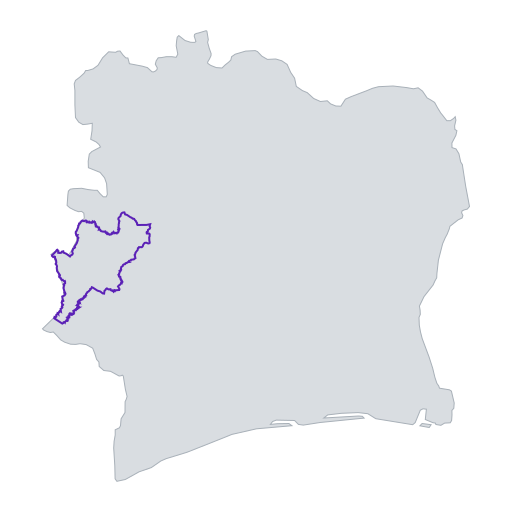 Tonkpi, Dix-Huit Montagnes, Ivory Coast (highlighted)
{"feature_id": "98640826B98350089255378", "entity_name": "Tonkpi", "entity_type": "district", "adm_level": 2, "iso_a3": "CIV", "parent_name": "Ivory Coast", "parent_adm1": "Dix-Huit Montagnes", "projection": "albers", "projection_center": [-7.715, 7.368], "detail": "fine", "context": "in_parent", "style": "outline", "palette": "violet", "viewbox_px": 512, "rotation_deg": 0, "n_neighbors": 0, "source": "geoboundaries", "source_scale": "gbopen_adm2", "svg_char_len": 9226}
<svg xmlns="http://www.w3.org/2000/svg" viewBox="0 0 512 512"><path d="M85.7,70.5L87.8,70.5L93.1,68.9L98.0,65.3L102.6,57.8L108.7,51.8L115.6,52.3L117.6,51.2L120.0,51.0L122.9,54.9L125.8,57.9L127.9,58.0L129.4,63.7L142.0,66.1L147.4,67.6L152.0,71.8L153.6,71.9L155.5,71.0L157.0,69.5L157.3,67.9L155.3,64.2L156.2,60.8L158.2,57.8L161.4,57.6L166.3,56.7L171.9,56.7L176.1,57.3L177.8,54.2L176.2,45.8L176.6,41.1L177.2,37.2L178.8,35.6L185.0,40.5L190.7,42.3L194.8,42.4L195.9,41.5L194.2,36.1L194.6,34.4L196.2,33.5L198.8,32.9L206.1,30.7L206.9,31.2L208.3,39.6L207.6,42.4L209.2,48.2L211.1,53.6L211.0,55.7L209.4,59.1L207.6,62.1L207.8,63.4L210.7,65.4L216.3,67.6L222.0,68.0L225.2,64.9L228.5,62.3L230.8,60.1L231.6,56.7L235.2,54.2L245.6,51.1L255.2,50.6L257.5,51.6L261.9,56.2L267.4,59.4L275.8,59.0L281.8,60.8L287.1,64.4L290.7,72.4L294.6,78.2L296.3,86.4L302.4,90.6L307.2,92.6L313.7,98.5L320.4,101.5L327.3,100.8L330.6,103.9L335.8,106.0L340.9,106.2L345.4,99.2L351.4,96.5L366.5,90.8L372.5,88.3L378.5,86.7L393.1,86.0L406.7,87.6L413.5,88.8L418.1,87.8L422.5,91.1L427.1,97.9L430.8,100.0L434.6,102.4L437.5,107.7L440.8,113.1L442.7,115.4L446.8,120.7L450.3,120.7L453.7,118.4L455.2,116.7L455.9,120.2L454.6,125.9L454.9,129.4L456.9,130.7L455.9,135.3L451.9,143.0L452.0,147.6L456.0,148.9L458.9,153.7L460.7,162.0L462.4,164.7L462.6,166.4L465.7,186.4L469.5,206.5L467.3,209.1L464.2,209.9L462.1,210.9L461.6,212.8L462.9,215.5L462.1,218.0L458.2,219.8L449.9,226.3L449.3,228.8L447.1,234.3L445.3,237.6L442.6,243.8L438.4,260.2L436.9,273.7L436.7,277.8L435.0,280.8L433.1,285.0L424.0,296.6L419.4,306.1L420.1,310.2L420.3,314.4L419.0,317.4L419.3,325.3L420.5,332.0L422.2,338.6L429.1,357.1L432.7,368.3L434.9,377.4L436.9,383.4L438.7,385.9L439.5,388.2L449.4,389.8L451.4,391.1L454.2,403.0L453.8,408.3L451.9,410.4L452.0,414.9L451.6,420.5L450.2,422.8L444.6,423.1L440.9,425.3L435.9,424.5L435.4,423.1L432.7,422.6L425.3,419.5L426.4,409.2L423.0,408.8L420.3,410.2L415.2,422.6L412.7,424.7L375.8,418.7L367.8,413.7L358.2,412.6L341.5,413.3L327.7,414.9L323.8,418.0L358.6,416.0L362.3,416.3L364.1,418.1L320.1,422.5L303.3,425.1L298.4,424.4L294.6,420.5L276.3,420.1L272.6,421.5L270.4,424.4L277.5,423.7L288.9,423.5L291.9,425.7L256.5,428.8L231.9,434.4L221.5,438.6L187.2,452.2L166.3,458.6L160.8,461.0L151.3,467.6L139.1,471.8L125.3,479.5L116.9,481.3L115.1,478.8L114.8,465.7L113.7,448.1L114.1,441.3L115.2,435.0L115.2,429.8L119.4,427.8L120.5,425.6L121.1,418.8L125.0,412.5L125.1,401.7L126.2,399.4L127.1,396.5L125.4,389.4L123.3,376.0L122.2,375.1L121.3,375.7L119.1,376.0L110.5,371.3L103.8,370.5L99.2,366.5L98.9,362.0L96.6,359.4L95.0,354.2L92.7,348.2L86.2,344.6L80.0,343.7L75.7,344.4L70.6,344.2L64.7,342.2L60.7,339.9L56.8,335.5L53.3,332.0L50.4,332.5L47.0,331.6L43.6,330.0L42.5,328.8L56.7,314.9L61.6,308.1L62.1,303.9L62.1,299.7L63.7,295.4L64.1,288.8L56.3,264.9L54.3,257.5L52.2,255.4L50.9,254.5L54.8,251.5L60.3,252.3L68.7,254.7L70.5,252.3L76.9,240.3L76.7,235.8L76.1,232.7L79.8,224.5L82.7,221.3L84.3,217.8L83.8,213.1L81.6,211.4L78.6,211.7L75.1,210.5L69.8,207.8L67.1,205.4L67.9,194.5L68.4,191.1L70.3,189.2L73.3,188.7L81.6,188.3L88.3,189.6L94.2,190.3L97.3,190.3L99.9,193.5L103.2,196.8L106.2,196.8L107.3,194.4L106.6,183.6L104.6,177.9L100.1,172.4L88.4,167.7L88.2,161.2L89.3,154.1L91.9,151.5L100.5,147.0L99.0,144.5L96.2,142.0L90.7,139.3L92.0,130.9L92.3,123.3L87.6,124.1L82.9,124.6L78.8,122.2L75.5,117.6L74.9,105.0L74.9,90.4L74.2,83.9L75.5,80.4L79.6,77.3L84.1,73.2L85.7,70.5ZM431.1,424.7L429.2,427.5L419.9,425.8L422.1,423.5L431.1,424.7Z" fill="#d9dde1" stroke="#a8b0b8" stroke-width="1"/><path d="M89.7,222.1L89.7,222.4L89.2,222.7L87.7,221.9L86.9,222.4L86.5,222.1L86.8,221.1L86.0,220.5L85.4,220.5L84.1,221.2L82.8,220.9L82.4,220.5L81.4,221.1L81.1,221.7L80.5,222.1L80.0,223.4L79.1,223.5L78.8,224.9L78.2,225.7L78.2,227.0L76.6,230.9L75.8,231.8L75.7,233.2L76.3,234.5L76.1,234.7L76.3,235.3L77.5,235.2L77.0,236.1L78.4,237.9L77.8,238.7L77.8,240.2L76.7,243.3L74.5,246.6L75.0,247.3L74.5,248.0L74.2,248.0L73.1,248.8L72.7,250.3L72.1,251.3L72.8,253.5L72.3,254.6L70.8,255.4L70.0,256.5L66.2,253.7L63.6,252.6L63.3,251.3L61.9,251.6L61.2,252.7L60.7,252.8L59.8,253.0L58.2,252.8L58.4,251.1L57.6,250.8L57.6,250.0L57.3,249.7L56.9,249.9L55.1,252.3L52.0,255.3L51.9,255.8L53.2,257.1L54.3,256.5L55.0,256.8L55.1,258.6L55.7,259.2L55.5,259.5L56.1,260.5L56.3,262.4L56.2,263.2L55.7,263.6L55.7,264.2L56.7,265.2L57.0,266.6L56.7,267.7L57.1,271.1L59.4,274.3L59.2,274.7L59.7,274.8L60.0,275.2L59.8,275.8L59.1,276.8L59.4,277.3L60.4,277.9L60.6,278.4L61.0,278.4L61.4,279.7L61.9,280.0L62.7,279.8L63.1,280.4L64.4,281.4L64.9,281.1L65.1,281.6L65.1,283.4L64.3,283.7L63.7,284.5L64.2,285.4L63.6,287.0L63.7,287.4L63.4,287.9L64.6,292.0L64.3,292.4L64.4,292.8L65.1,292.8L65.1,293.4L65.5,293.9L64.6,295.4L62.2,296.5L62.7,299.5L63.3,300.7L63.3,301.0L62.0,301.2L62.0,301.9L61.6,302.4L62.2,304.5L62.6,304.7L62.8,304.6L63.2,303.8L63.1,304.9L61.8,306.3L62.4,307.3L62.3,307.5L61.8,307.6L61.7,308.3L60.6,308.9L60.9,311.2L60.5,310.8L60.0,310.8L59.5,311.2L59.4,311.4L59.7,311.8L59.6,312.1L59.3,312.4L58.9,312.2L57.9,313.2L58.1,314.0L57.5,313.5L57.4,314.1L56.5,314.6L56.2,315.0L56.4,316.3L56.3,316.6L55.5,317.5L55.0,317.2L54.8,318.2L54.5,318.2L54.3,317.9L54.2,318.3L62.3,323.6L63.2,323.1L63.6,322.2L64.4,322.1L64.9,322.6L65.1,321.7L65.9,321.2L66.2,320.6L67.3,321.0L67.6,320.9L67.8,320.4L67.5,319.6L67.8,319.3L67.3,319.5L67.2,319.2L68.2,318.7L68.0,318.1L67.2,317.4L67.7,317.2L68.1,317.8L68.4,317.8L68.4,317.1L69.4,317.2L69.5,316.6L69.9,316.8L69.5,316.5L69.4,316.1L68.6,315.6L68.8,315.3L69.7,314.9L69.5,314.2L70.1,314.2L70.0,313.3L70.9,313.3L71.3,313.6L71.6,314.2L71.1,314.7L71.4,314.9L72.4,314.7L72.7,314.1L73.6,314.0L73.7,313.8L73.2,313.8L73.7,313.5L73.9,313.0L73.4,312.8L73.5,312.1L73.8,311.7L73.3,310.9L73.7,310.6L74.3,310.9L75.0,310.3L74.8,310.1L75.6,309.2L75.9,309.2L76.2,309.6L76.6,308.8L77.0,308.9L77.0,308.2L77.6,308.5L78.0,307.6L78.4,308.1L79.0,307.7L78.4,307.7L78.8,307.4L78.9,307.1L78.6,306.9L78.8,306.7L77.9,306.1L78.2,306.1L78.3,305.4L78.0,305.0L77.8,305.8L77.5,306.0L77.2,305.5L77.5,305.4L77.3,304.5L78.3,303.8L78.7,304.0L78.9,303.8L78.3,303.6L78.2,302.8L78.5,302.7L78.6,303.0L79.0,302.8L78.1,302.4L78.1,301.9L77.9,302.2L77.7,301.9L77.8,301.6L78.3,301.7L79.0,301.2L79.5,301.7L79.3,301.0L79.8,300.6L79.9,299.8L80.3,299.6L80.7,299.8L80.5,300.4L81.1,299.8L82.0,299.5L81.7,299.1L82.6,299.0L82.6,298.4L83.2,298.4L84.0,297.7L83.6,297.5L83.8,296.9L84.3,297.2L84.4,296.7L85.2,296.7L85.1,296.2L85.6,295.9L85.2,295.7L85.7,295.4L85.7,295.0L86.0,294.8L85.9,294.4L86.3,293.5L87.1,292.8L87.3,292.1L88.7,291.4L88.9,291.0L90.2,289.8L90.2,289.0L91.2,288.7L91.8,287.2L92.8,287.6L97.4,290.6L100.3,291.5L102.7,293.4L104.1,293.6L104.5,290.8L105.5,289.9L106.1,288.9L106.9,288.4L108.4,289.4L110.2,289.2L110.1,289.6L111.2,290.4L111.6,290.3L112.3,290.9L112.7,290.4L113.5,290.7L113.9,291.2L113.7,291.2L113.8,291.6L114.5,291.0L115.0,290.8L114.6,290.4L114.6,290.1L115.5,290.3L119.2,290.0L119.5,289.1L118.0,286.4L119.4,285.0L119.9,284.9L120.8,283.7L121.2,283.6L120.9,283.3L121.0,282.9L121.5,282.6L121.3,282.4L121.4,282.1L121.8,282.2L122.0,282.5L122.4,282.0L121.8,281.5L122.0,281.0L121.6,280.3L121.2,280.5L120.9,280.0L121.2,279.6L120.8,278.8L120.3,278.6L120.5,277.9L120.1,277.3L120.3,276.9L120.1,276.7L119.7,276.9L119.0,276.6L118.8,275.5L118.9,275.1L118.6,275.2L118.4,274.8L118.9,274.4L119.1,273.4L119.7,272.4L119.8,271.7L119.5,270.8L120.0,270.5L120.6,270.8L121.2,269.7L120.9,268.7L121.3,266.9L122.7,266.1L123.0,265.0L123.7,264.4L125.0,264.2L125.5,263.2L126.2,263.0L126.6,263.1L127.7,262.2L128.5,262.1L128.3,262.0L129.0,260.9L129.8,260.8L130.5,260.3L130.9,260.4L131.2,259.7L133.8,259.4L134.4,259.0L134.5,258.5L135.4,258.2L135.2,256.8L134.7,255.7L135.0,255.1L134.7,254.7L135.4,253.6L135.5,252.6L137.7,249.9L137.9,248.2L138.6,248.0L139.0,247.1L141.8,247.2L142.7,246.4L143.3,244.6L144.6,242.9L146.2,242.7L148.2,243.5L149.5,243.2L149.7,242.4L149.3,240.4L149.2,237.2L149.6,236.5L149.7,234.2L149.2,233.6L146.8,233.5L146.6,232.6L146.8,231.9L147.8,231.5L148.0,229.9L149.9,228.6L150.2,227.4L149.6,226.2L150.2,224.2L146.7,224.9L137.5,225.0L137.3,224.6L137.4,224.3L137.0,224.0L136.9,222.6L136.0,221.7L135.9,221.0L134.9,220.2L134.2,218.9L133.1,218.7L132.9,218.5L132.6,218.6L131.5,217.6L130.5,217.3L127.0,214.9L125.1,214.4L124.4,212.4L123.0,212.5L121.8,213.1L120.8,214.5L120.6,216.0L118.7,217.8L118.4,218.3L118.4,219.5L119.3,220.7L119.4,221.4L118.9,222.1L119.1,223.0L118.7,224.0L118.7,226.1L118.3,227.8L119.1,228.2L119.5,228.8L119.4,229.1L118.7,229.0L118.2,229.5L118.9,230.2L118.8,230.9L118.3,231.2L118.4,232.0L117.9,232.7L117.2,232.7L116.9,233.2L116.2,232.2L116.3,232.7L115.7,232.8L115.3,233.2L114.4,233.3L113.9,232.9L114.0,232.5L113.7,232.1L113.5,232.6L112.4,232.5L111.9,233.0L112.2,233.8L111.3,234.0L110.8,234.6L109.9,234.3L109.3,234.7L108.2,233.6L107.8,234.1L107.2,234.2L106.7,233.6L106.8,232.8L106.0,233.0L105.7,232.8L105.4,232.1L105.7,231.8L105.4,231.4L104.5,231.7L104.0,231.5L103.3,231.7L101.0,231.1L100.7,230.6L100.3,230.4L100.3,229.9L100.0,229.6L99.3,229.2L98.9,229.4L99.2,228.1L99.0,227.5L98.5,227.7L98.0,227.5L97.5,226.6L96.7,226.7L96.3,226.2L96.0,226.6L95.8,226.5L95.6,225.4L96.0,225.0L95.7,224.4L95.4,224.3L95.6,223.6L95.2,223.3L95.0,222.1L93.8,221.9L93.8,221.7L93.3,222.0L92.9,221.7L92.9,222.4L91.8,222.9L91.1,222.6L91.0,222.3L90.3,222.6L89.7,222.1Z" fill="none" stroke="#5b21b6" stroke-width="2"/></svg>